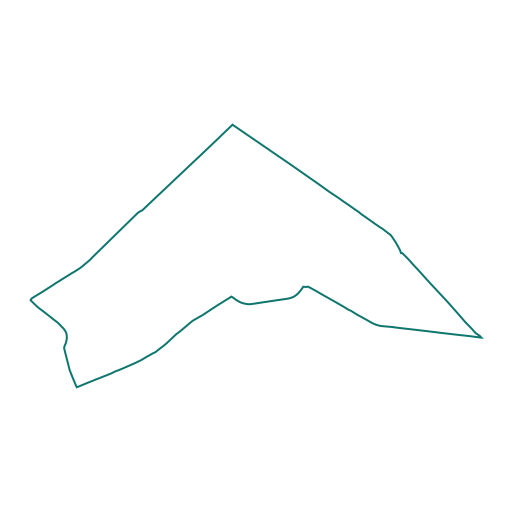 outline of Misr al-Gadida, Al Qahirah, Egypt
{"feature_id": "37247803B70915432571750", "entity_name": "Misr al-Gadida", "entity_type": "district", "adm_level": 2, "iso_a3": "EGY", "parent_name": "Egypt", "parent_adm1": "Al Qahirah", "projection": "mercator", "projection_center": [31.323, 30.091], "detail": "fine", "context": "isolated", "style": "outline", "palette": "teal", "viewbox_px": 512, "rotation_deg": 0, "n_neighbors": 0, "source": "geoboundaries", "source_scale": "gbopen_adm2", "svg_char_len": 5603}
<svg xmlns="http://www.w3.org/2000/svg" viewBox="0 0 512 512"><path d="M231.7,125.5L222.6,134.2L221.0,135.8L204.0,152.0L201.5,154.4L198.3,157.4L198.0,157.7L197.7,157.9L146.3,206.5L142.2,210.4L140.7,211.0L140.1,211.4L139.5,211.7L137.8,212.9L91.9,257.8L91.6,258.1L91.3,258.5L89.6,260.2L84.0,264.9L80.9,267.5L80.5,267.8L80.2,268.0L79.9,268.2L79.7,268.3L79.4,268.5L78.8,268.9L78.4,269.1L77.9,269.5L77.5,269.7L76.9,270.1L76.3,270.5L75.6,271.0L75.0,271.3L74.3,271.8L73.7,272.1L73.1,272.5L72.4,272.8L71.8,273.2L71.2,273.5L70.6,273.9L70.1,274.3L69.7,274.5L69.3,274.8L69.2,274.8L68.9,275.1L68.4,275.3L68.0,275.6L67.5,275.9L67.0,276.2L66.5,276.5L66.4,276.6L66.0,276.8L65.6,277.1L65.4,277.2L65.2,277.3L64.9,277.5L64.6,277.7L64.4,277.8L63.8,278.2L63.6,278.3L63.2,278.6L62.6,278.9L62.0,279.3L61.6,279.5L61.3,279.8L60.9,280.0L60.5,280.3L60.1,280.5L59.8,280.7L59.2,281.1L58.8,281.3L58.6,281.4L58.0,281.8L57.6,282.1L57.4,282.2L56.8,282.5L51.7,285.9L42.5,291.8L33.9,297.0L31.4,298.7L31.2,299.0L31.0,299.4L30.9,299.7L31.0,300.1L30.7,300.4L32.3,301.9L34.2,303.8L38.0,307.4L44.4,312.2L53.6,319.5L57.4,322.4L58.1,323.0L58.7,323.6L60.8,325.8L63.0,328.0L63.4,328.4L63.7,328.8L64.0,329.2L64.3,329.6L64.7,330.1L65.0,330.6L65.7,331.9L65.9,332.2L66.1,332.6L66.2,333.0L66.3,333.4L66.4,333.8L66.5,334.2L66.6,334.6L66.7,335.2L66.7,335.7L66.7,336.2L66.8,336.7L66.8,337.2L66.8,337.8L66.8,338.5L66.7,338.9L66.7,339.3L66.6,339.7L66.6,340.1L66.3,341.2L66.1,342.0L66.0,342.6L65.7,343.4L65.6,343.8L65.3,344.3L65.3,344.5L65.0,345.1L64.7,345.8L64.5,346.2L64.4,346.5L64.3,346.9L64.2,347.3L64.2,347.7L64.2,348.1L64.2,348.5L64.3,348.9L64.4,349.4L69.6,369.9L69.8,370.3L69.9,370.8L70.1,371.2L70.3,371.7L73.0,378.5L76.0,385.6L76.4,386.5L76.5,386.8L76.8,387.3L86.4,383.3L88.7,382.4L90.9,381.5L93.2,380.6L95.5,379.6L98.3,378.6L101.0,377.5L103.7,376.4L106.4,375.4L108.5,374.5L110.6,373.7L112.5,372.8L114.4,371.8L116.6,370.9L118.8,370.1L121.0,369.2L123.2,368.3L124.0,367.9L124.7,367.6L126.8,366.7L130.0,365.3L136.1,362.6L141.4,360.0L146.5,356.9L150.0,355.0L152.1,353.8L152.8,353.4L153.2,353.2L155.3,352.2L160.3,348.3L163.6,345.8L166.7,343.2L169.9,340.2L175.9,334.5L179.6,331.7L181.8,329.9L183.0,328.9L183.7,328.3L183.9,328.1L184.5,327.6L186.4,326.0L188.4,324.3L190.4,322.6L192.4,321.0L193.0,320.6L193.6,320.2L203.1,314.8L211.8,309.0L217.8,305.1L231.5,296.6L232.1,297.0L232.4,297.2L232.7,297.4L232.8,297.5L233.2,297.8L233.7,298.1L234.1,298.4L234.5,298.7L234.7,298.8L234.8,298.9L235.2,299.2L235.6,299.5L236.0,299.8L236.3,300.0L236.7,300.3L237.1,300.5L237.4,300.7L237.8,300.9L238.2,301.1L238.6,301.4L239.0,301.6L239.5,301.8L239.9,302.1L240.2,302.2L240.6,302.4L241.0,302.5L241.4,302.7L241.9,302.9L242.4,303.0L242.8,303.2L243.3,303.3L243.8,303.4L244.2,303.6L244.7,303.6L245.1,303.7L245.5,303.8L245.9,303.9L246.3,303.9L246.8,304.0L247.2,304.1L247.6,304.1L247.9,304.1L248.4,304.2L249.0,304.2L249.5,304.2L249.8,304.2L250.2,304.1L250.7,304.1L251.2,304.1L251.7,304.0L252.3,303.9L252.8,303.9L253.4,303.8L254.0,303.7L254.4,303.6L254.7,303.6L255.1,303.5L255.5,303.5L255.6,303.4L255.9,303.4L256.4,303.3L256.8,303.3L257.0,303.2L257.3,303.2L257.8,303.1L258.2,303.1L258.3,303.0L258.8,303.0L259.0,302.9L259.4,302.9L259.6,302.8L259.9,302.8L260.4,302.7L260.6,302.7L261.0,302.6L261.4,302.6L261.6,302.5L261.9,302.5L262.2,302.4L262.5,302.4L262.9,302.3L263.1,302.3L263.6,302.2L264.4,302.1L264.9,302.0L265.3,302.0L266.0,301.9L266.7,301.8L267.2,301.7L268.1,301.5L268.6,301.5L269.1,301.4L269.6,301.3L270.2,301.2L270.7,301.2L271.2,301.1L271.9,301.0L272.2,300.9L272.5,300.9L273.3,300.8L273.9,300.7L274.3,300.6L275.3,300.5L275.7,300.4L276.2,300.3L277.1,300.2L278.0,300.1L278.8,300.0L279.1,299.9L279.6,299.9L280.3,299.8L281.0,299.6L281.6,299.5L282.2,299.5L282.7,299.4L282.8,299.4L283.3,299.3L283.9,299.2L284.4,299.1L285.0,299.1L285.5,299.0L286.0,298.9L286.6,298.8L287.0,298.8L287.5,298.7L287.9,298.6L288.3,298.5L288.9,298.4L289.5,298.3L290.0,298.1L290.4,298.0L290.9,297.9L291.3,297.7L291.8,297.5L292.0,297.5L292.2,297.4L292.6,297.2L292.9,297.1L293.3,296.9L293.6,296.8L294.0,296.6L294.3,296.3L294.7,296.1L295.2,295.8L295.7,295.4L296.3,295.0L296.6,294.7L296.9,294.5L297.2,294.2L297.5,294.0L297.7,293.7L298.0,293.5L298.3,293.2L298.8,292.7L299.0,292.4L299.5,291.9L299.9,291.3L300.4,290.8L300.8,290.3L301.2,289.8L301.5,289.2L301.9,288.7L302.2,288.3L302.4,288.0L302.7,287.7L302.8,287.5L302.9,287.3L303.1,287.0L303.3,286.7L305.1,286.9L306.1,287.0L307.0,286.9L307.8,286.6L308.3,286.8L312.0,288.7L312.4,289.0L312.8,289.2L317.3,291.7L319.0,292.7L320.7,293.7L321.0,293.9L321.2,294.0L324.4,295.8L334.9,301.7L344.6,307.3L346.6,308.6L347.3,309.0L347.9,309.4L348.6,309.8L349.3,310.1L350.0,310.4L351.1,310.9L357.2,314.7L367.6,320.4L369.6,321.6L373.3,323.6L376.6,324.9L380.6,326.0L392.2,327.0L396.2,327.6L396.6,327.6L397.1,327.7L413.7,329.6L426.6,331.1L442.9,333.1L457.6,334.8L470.3,336.2L480.2,337.5L481.3,337.6L481.0,337.3L480.3,336.4L478.9,335.3L478.4,334.9L477.8,334.6L477.6,334.5L477.3,334.2L476.7,333.9L476.2,333.5L475.7,333.1L475.1,332.6L472.1,329.1L465.1,321.9L457.3,312.9L453.4,308.5L448.2,302.6L442.0,295.9L437.1,290.7L430.9,284.0L426.2,278.9L421.4,273.5L417.3,269.0L413.6,265.1L407.7,258.5L405.3,256.1L403.8,254.6L402.4,253.2L401.7,253.2L401.1,253.2L400.0,250.2L397.9,246.2L395.4,241.9L393.8,239.5L392.0,236.8L390.7,235.1L388.9,233.7L385.5,231.1L382.9,229.1L379.2,226.7L375.4,224.1L368.2,219.0L363.2,215.5L361.2,214.1L360.6,213.6L360.0,213.1L359.8,212.9L359.1,212.3L355.0,209.5L348.8,205.1L343.2,201.3L337.9,197.5L334.4,195.2L329.7,192.1L316.9,182.9L310.4,178.4L290.1,164.2L233.2,125.2L232.7,124.8L232.6,124.7L232.2,125.0L231.7,125.5Z" fill="none" stroke="#0f766e" stroke-width="2"/></svg>